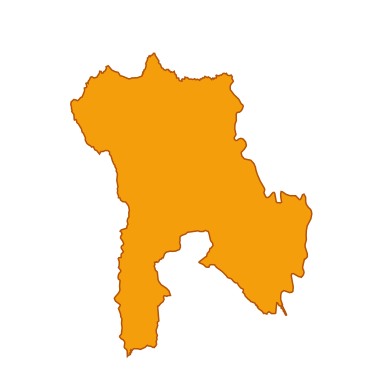 Anserma, Caldas, Colombia, rotated 344°
{"feature_id": "7082276B96193110917166", "entity_name": "Anserma", "entity_type": "district", "adm_level": 2, "iso_a3": "COL", "parent_name": "Colombia", "parent_adm1": "Caldas", "projection": "equal_earth", "projection_center": [-75.766, 5.199], "detail": "fine", "context": "isolated", "style": "filled", "palette": "amber", "viewbox_px": 384, "rotation_deg": 344, "n_neighbors": 0, "source": "geoboundaries", "source_scale": "gbopen_adm2", "svg_char_len": 5977}
<svg xmlns="http://www.w3.org/2000/svg" viewBox="0 0 384 384"><g transform="rotate(344 192 192)"><path d="M301.1,246.1L301.5,243.1L301.0,241.1L299.6,238.9L298.5,235.4L298.6,232.7L299.8,228.2L299.0,224.9L297.4,225.2L295.1,228.2L294.1,229.0L293.2,229.0L290.6,224.2L285.1,222.5L281.8,220.2L278.9,216.7L277.8,216.1L276.7,218.3L276.0,221.1L275.3,226.5L274.0,226.8L270.8,225.6L270.3,224.6L271.2,215.9L270.9,215.1L270.0,214.8L269.0,215.2L265.4,217.7L263.9,218.2L262.5,218.0L261.5,216.9L260.9,212.6L262.5,209.9L262.6,208.5L260.5,200.0L259.6,192.9L259.5,188.5L259.8,185.5L259.3,181.7L257.3,177.7L251.5,174.6L249.9,171.2L250.0,168.5L250.4,167.4L254.3,165.1L256.5,163.1L257.2,161.8L257.3,158.6L255.8,155.2L253.8,153.9L251.3,154.0L249.8,154.8L248.5,154.7L247.6,153.7L247.3,152.7L247.7,151.2L250.1,149.0L250.5,143.0L252.0,138.7L254.3,135.6L256.0,129.2L257.4,128.0L259.8,128.3L261.7,127.5L263.3,126.0L264.9,123.7L264.8,122.4L263.6,120.7L262.5,115.6L259.2,110.0L257.0,104.2L257.8,101.0L258.9,99.4L262.2,97.1L262.2,95.9L261.6,94.1L262.5,92.1L261.8,90.3L261.0,90.6L258.9,89.9L258.1,89.0L257.9,87.5L257.0,87.7L255.9,86.9L254.7,86.6L252.6,87.7L251.3,87.4L249.8,87.8L247.6,86.4L247.1,86.8L247.4,88.1L246.8,89.1L245.0,88.7L244.1,89.5L243.8,88.5L243.3,88.2L241.9,89.4L241.1,87.7L239.5,85.9L238.3,86.2L236.3,84.4L234.9,85.7L233.6,85.2L232.5,86.0L231.2,85.6L230.2,86.8L228.1,85.0L226.6,85.2L225.8,83.9L223.8,84.1L222.4,83.2L220.4,82.8L219.0,80.6L217.7,80.4L217.0,79.6L215.9,81.5L213.8,80.6L213.1,81.2L213.0,82.6L211.0,81.9L210.4,80.7L210.6,78.8L208.7,78.1L209.0,75.1L208.1,73.7L208.2,71.1L206.4,71.7L205.4,70.8L204.4,71.0L204.0,69.3L203.0,68.8L203.2,67.8L201.5,67.2L200.1,67.8L198.7,66.6L198.1,65.1L197.0,64.1L196.8,60.6L195.4,58.4L196.3,57.0L194.4,50.7L194.3,48.4L193.1,48.1L191.9,49.3L190.3,49.4L189.4,50.3L188.7,49.3L188.0,49.5L187.3,50.7L186.2,50.9L185.5,52.8L183.1,55.6L182.8,56.4L183.0,57.5L181.5,60.0L180.5,61.3L179.4,61.5L178.8,63.1L177.7,63.2L177.6,64.9L176.8,65.0L175.8,66.8L170.8,67.1L165.7,65.8L163.4,66.1L162.1,65.6L157.0,61.5L155.1,60.5L154.0,56.7L151.1,55.0L148.5,52.6L146.3,47.6L144.0,47.8L143.7,49.8L141.3,52.0L140.5,51.9L139.3,53.1L138.1,52.9L137.9,51.1L136.5,50.5L136.0,52.0L132.1,55.4L129.2,55.4L127.5,53.6L126.1,53.7L124.4,55.8L122.7,57.0L122.1,59.0L121.2,58.2L120.0,58.3L120.0,61.6L119.3,62.4L117.2,62.4L116.6,65.2L112.6,70.3L111.1,70.5L107.7,72.6L106.7,72.5L106.1,71.7L103.9,70.5L100.6,72.2L99.6,74.5L99.6,76.9L99.1,78.7L99.2,80.5L98.6,81.5L99.8,84.9L98.7,90.2L99.0,90.5L100.2,90.3L100.7,90.9L100.5,93.6L101.6,95.3L103.1,100.9L102.9,104.2L103.8,105.7L104.5,110.5L103.7,112.7L104.4,116.4L105.9,118.5L107.2,119.6L107.8,121.1L109.7,121.3L110.2,124.6L111.9,126.1L113.5,130.0L115.8,127.9L117.6,128.6L120.1,128.2L122.8,129.2L123.8,130.9L123.1,133.1L124.1,135.2L124.1,140.3L124.6,143.9L125.3,145.1L124.9,146.5L125.7,149.0L124.9,150.9L125.3,153.2L125.1,154.7L122.9,160.1L122.3,166.7L121.1,168.3L121.0,170.0L120.0,172.2L120.3,175.6L119.7,177.2L121.1,177.8L121.1,180.0L122.6,182.1L125.4,183.3L126.9,187.1L127.1,189.0L126.7,192.6L125.7,194.0L124.5,198.6L123.0,199.8L121.7,201.9L121.5,205.4L120.3,206.5L119.2,208.8L113.6,208.9L112.1,209.8L112.9,210.8L113.2,212.4L112.8,213.6L111.0,215.4L110.6,216.6L111.9,220.4L112.1,222.8L111.4,223.8L109.2,224.7L108.5,226.2L109.6,230.6L106.8,232.2L105.8,235.4L103.6,235.0L102.7,235.7L102.9,239.0L101.6,242.8L100.5,244.3L101.9,247.8L101.3,249.0L99.6,250.0L98.3,251.6L97.3,254.0L97.3,255.4L98.5,257.1L96.5,262.3L95.6,266.7L93.4,269.0L88.4,272.3L88.0,273.2L88.4,275.8L91.9,280.5L91.5,281.6L89.2,283.7L89.7,289.2L89.2,292.2L89.6,294.9L88.0,299.0L87.4,303.3L84.9,309.2L82.7,310.6L82.5,311.3L83.5,313.6L85.3,315.4L85.9,317.3L85.9,318.3L84.1,322.3L84.2,323.3L85.7,325.6L85.9,326.8L84.6,332.2L85.5,331.6L87.9,331.2L88.6,330.1L87.8,329.6L89.7,329.1L89.2,328.0L89.8,328.0L89.6,327.3L89.9,326.7L90.9,327.7L92.3,326.8L93.2,326.7L96.8,327.8L99.1,329.1L104.0,328.4L106.8,327.0L107.6,328.0L110.1,329.0L111.4,330.5L113.0,331.1L113.3,330.4L114.4,330.2L116.0,328.6L116.4,325.7L117.8,324.0L117.9,322.0L119.2,320.4L118.9,317.6L119.5,314.8L122.2,311.0L122.7,307.7L124.6,306.8L127.5,292.3L128.6,292.4L131.3,290.5L133.9,289.5L135.6,287.4L135.6,285.2L136.4,284.1L136.9,284.0L139.1,285.4L140.1,285.0L142.8,285.5L142.6,280.8L140.9,277.5L136.7,272.5L135.5,269.1L135.2,267.0L136.6,259.3L135.2,256.9L135.4,255.4L135.2,252.7L136.4,251.5L136.5,249.5L136.9,249.2L138.2,249.7L138.6,249.3L139.3,250.0L140.7,249.8L142.3,248.1L144.3,248.0L144.5,247.4L145.2,247.1L146.1,247.4L148.7,243.8L150.9,242.7L155.0,242.9L156.4,243.6L160.1,244.3L164.1,243.8L165.6,241.9L166.3,239.3L166.0,237.4L166.9,236.0L168.0,232.0L169.9,230.9L174.3,230.6L176.6,229.5L187.1,231.0L188.7,232.2L191.9,233.1L194.1,232.6L196.7,234.4L196.9,236.9L196.5,242.7L196.6,244.1L197.7,246.9L197.4,249.3L194.5,251.3L193.7,251.2L192.2,253.8L189.8,255.2L188.1,258.1L186.9,258.2L179.9,261.0L179.3,261.4L179.5,262.0L182.8,264.7L184.9,268.1L187.5,269.0L188.6,267.3L190.1,267.0L193.6,268.2L194.8,271.2L199.0,276.6L201.9,281.8L202.6,284.0L206.0,286.4L207.4,289.7L208.5,291.1L210.5,292.1L211.0,294.5L212.4,297.7L214.5,299.6L214.1,301.4L213.1,302.2L214.4,304.7L214.5,306.7L216.8,311.1L217.6,311.7L218.1,313.3L221.8,316.1L222.1,318.2L222.5,318.7L223.0,318.6L223.6,320.4L223.1,320.5L223.8,322.5L226.7,326.3L227.3,328.5L228.3,328.6L230.3,330.0L231.1,329.0L233.0,328.3L235.1,330.9L238.4,331.7L239.1,331.5L242.9,321.8L243.6,322.2L244.4,325.2L246.1,326.4L245.7,328.3L246.6,329.0L247.1,330.4L246.9,331.7L247.4,332.3L247.7,334.5L248.3,336.4L248.6,336.4L249.0,336.2L248.7,333.2L247.3,325.5L247.9,325.3L247.6,319.8L249.1,315.0L250.6,312.9L253.2,312.1L258.1,315.6L260.3,315.8L261.6,315.3L263.2,311.0L264.3,299.8L265.4,298.1L267.0,298.4L271.2,302.7L273.7,304.1L274.0,303.5L274.9,303.4L276.5,302.0L277.5,300.2L277.7,298.3L277.3,296.0L278.1,293.7L281.6,287.5L282.4,287.7L285.0,286.1L285.8,283.3L285.6,275.6L286.3,273.5L288.8,269.4L289.8,265.0L291.3,260.5L293.4,256.3L298.9,250.5L301.1,246.1Z" fill="#f59e0b" stroke="#b45309" stroke-width="1.5"/></g></svg>